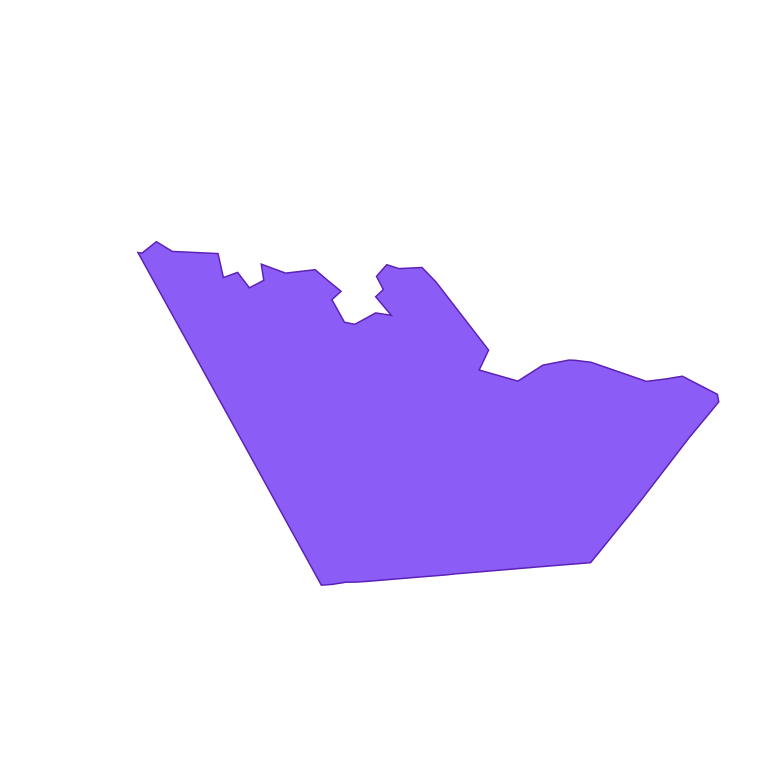 outline of Marlboro, South Carolina, United States of America, rotated 128°
{"feature_id": "52423323B54358685786571", "entity_name": "Marlboro", "entity_type": "district", "adm_level": 2, "iso_a3": "USA", "parent_name": "United States of America", "parent_adm1": "South Carolina", "projection": "equal_earth", "projection_center": [-79.706, 34.552], "detail": "fine", "context": "isolated", "style": "filled", "palette": "violet", "viewbox_px": 768, "rotation_deg": 128, "n_neighbors": 0, "source": "geoboundaries", "source_scale": "gbopen_adm2", "svg_char_len": 975}
<svg xmlns="http://www.w3.org/2000/svg" viewBox="0 0 768 768"><g transform="rotate(128 384 384)"><path d="M581.1,309.5L573.2,300.8L571.9,299.7L571.7,299.5L565.9,294.0L563.6,292.0L557.3,284.0L548.4,274.1L524.9,248.7L523.9,247.6L513.9,236.8L496.0,217.3L490.1,211.3L433.2,149.9L431.1,147.6L397.6,111.2L387.2,111.0L385.5,110.9L383.3,110.9L341.6,110.2L341.0,110.1L318.3,109.9L317.6,109.9L238.6,110.5L221.8,110.0L192.5,109.2L192.3,109.2L192.0,109.2L186.9,114.9L194.2,153.7L206.8,165.3L220.4,178.9L239.4,234.2L247.8,248.2L251.3,253.0L271.3,270.4L299.3,280.3L314.4,317.6L292.9,322.4L271.6,405.8L268.8,425.8L283.9,443.3L288.3,455.3L303.8,456.2L310.0,442.7L320.4,444.3L325.4,420.5L333.1,434.3L354.9,443.7L359.7,453.2L349.6,477.0L337.4,474.9L337.0,493.7L336.3,508.6L357.2,529.8L365.1,554.5L376.3,542.6L391.1,549.3L386.2,568.1L399.0,576.1L383.4,595.1L409.9,632.5L412.0,651.0L429.8,655.3L431.9,658.8L517.1,458.9L581.1,309.5Z" fill="#8b5cf6" stroke="#5b21b6" stroke-width="1.5"/></g></svg>